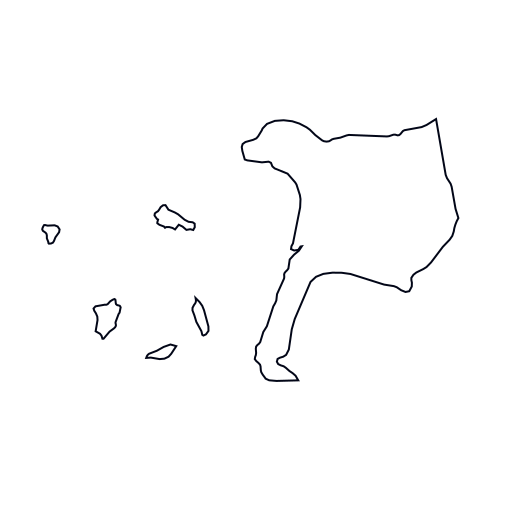 SVG path tracing the border of Cagayan, rotated 260°
{"feature_id": "PHL-2545", "entity_name": "Cagayan", "entity_type": "Province", "adm_level": 1, "iso_a3": "PHL", "parent_name": "Philippines", "parent_adm1": "", "projection": "orthographic", "projection_center": [121.637, 18.548], "detail": "fine", "context": "isolated", "style": "outline", "palette": "ink", "viewbox_px": 512, "rotation_deg": 260, "n_neighbors": 0, "source": "natural_earth", "source_scale": "10m", "svg_char_len": 3458}
<svg xmlns="http://www.w3.org/2000/svg" viewBox="0 0 512 512"><g transform="rotate(260 256 256)"><path d="M133.6,244.2L138.0,242.0L140.7,241.0L142.6,240.9L146.5,241.3L148.3,241.1L150.3,239.8L152.5,238.0L154.7,236.9L156.9,237.7L158.4,238.6L160.5,239.3L164.7,239.7L166.8,240.4L168.1,241.9L169.1,243.7L170.5,245.2L179.9,250.0L184.9,254.5L203.4,264.3L206.1,266.6L208.7,268.3L214.8,270.1L228.9,279.7L230.4,280.2L233.0,280.5L234.2,281.1L235.4,282.4L236.6,284.2L238.0,285.7L246.7,288.6L250.7,293.7L253.8,299.2L257.6,302.8L257.6,301.5L254.7,298.7L254.8,294.5L256.7,291.7L259.5,292.6L262.0,294.6L296.2,307.9L304.3,309.7L308.4,309.8L319.3,308.3L321.6,307.4L331.6,301.4L339.0,289.6L341.4,287.7L345.2,286.9L346.7,284.8L347.2,278.1L351.7,264.0L353.0,261.7L361.8,260.8L365.8,260.9L368.6,262.3L370.1,265.4L370.9,273.4L371.8,276.8L373.5,278.9L378.7,283.5L380.4,284.6L384.2,289.8L385.8,298.0L384.9,306.8L382.4,315.1L378.9,321.7L374.0,328.1L371.0,331.0L364.8,335.4L358.4,341.2L357.3,342.7L356.4,345.3L356.3,347.8L356.9,349.5L357.6,351.0L357.9,352.8L357.9,359.6L359.0,366.1L359.1,368.5L351.0,405.7L350.9,407.8L351.6,412.3L351.4,414.0L350.2,416.5L350.2,417.9L351.0,419.4L353.5,422.3L354.1,424.0L354.2,441.5L355.4,446.7L359.6,457.1L303.0,456.9L299.5,457.6L293.4,460.2L290.2,460.7L267.8,460.7L258.2,461.9L255.4,459.7L252.3,457.8L249.1,456.2L245.8,455.0L241.7,452.8L238.4,449.5L232.6,441.6L219.3,427.3L215.5,422.0L214.1,418.5L211.9,411.0L210.2,407.8L207.5,405.2L205.2,404.8L202.6,404.9L198.9,404.1L194.7,400.8L194.6,397.0L197.1,393.0L200.8,389.2L202.4,386.5L205.6,377.2L221.9,345.9L224.6,337.5L226.3,328.4L226.7,319.2L225.1,311.5L221.0,305.2L187.2,283.2L177.6,278.5L158.2,272.1L153.4,268.5L152.1,265.3L151.7,262.0L150.9,259.4L148.3,258.2L145.7,259.1L144.0,261.4L142.6,264.1L140.7,266.0L137.0,268.9L134.3,271.7L131.2,274.2L126.2,276.0L129.4,254.5L131.3,247.4L133.5,244.2L133.6,244.2ZM234.3,101.5L236.5,104.3L236.9,105.0L237.1,105.6L237.5,106.5L237.9,107.6L238.2,109.1L237.5,109.9L236.0,109.9L234.2,109.7L232.9,109.8L231.7,110.8L231.2,112.1L230.6,113.2L229.0,113.8L223.9,111.8L222.7,110.6L215.4,106.3L214.5,106.0L213.1,106.1L211.6,105.9L210.3,104.9L209.3,103.4L207.0,98.7L201.0,91.5L201.2,90.4L204.4,90.0L206.5,88.9L209.7,85.0L220.4,88.8L223.9,89.2L227.3,88.4L230.2,87.2L232.5,86.9L234.3,89.2L234.3,98.7L234.1,99.4L234.0,100.1L234.3,101.5ZM318.4,168.6L320.7,170.6L322.1,173.3L321.8,175.7L316.8,177.8L313.0,183.6L310.6,186.5L304.1,192.0L301.4,195.5L300.2,199.5L298.5,201.2L295.0,200.7L292.5,198.7L293.8,195.9L293.8,192.0L297.7,188.8L300.2,185.4L296.2,180.9L298.1,178.7L299.6,175.5L300.1,172.6L299.6,171.3L301.0,170.5L303.5,166.3L305.4,164.5L306.4,164.7L307.8,165.4L308.9,165.9L309.4,165.2L309.9,164.8L312.8,163.4L313.7,163.1L315.5,163.8L316.4,165.4L317.1,167.2L318.4,168.6ZM208.2,185.0L213.5,184.0L216.0,184.5L218.6,186.5L219.9,187.9L221.3,188.8L223.0,189.2L225.1,189.2L220.5,192.4L216.3,194.4L211.6,195.4L194.9,196.9L190.5,196.2L187.5,193.1L186.8,190.4L187.7,189.4L191.4,189.2L201.5,185.8L208.2,185.0ZM174.7,130.2L176.4,131.2L177.5,132.3L178.3,133.7L179.9,141.9L182.5,149.3L183.7,156.4L181.1,161.8L174.4,155.5L172.0,152.4L170.8,148.0L171.2,143.2L174.2,134.8L174.7,130.2ZM319.3,50.1L320.4,50.5L321.9,51.5L323.2,52.6L323.2,53.5L322.1,56.0L321.2,63.0L319.5,65.8L316.3,67.2L313.6,66.2L309.2,61.7L305.8,59.6L304.4,58.3L303.9,56.3L304.1,54.2L304.8,53.8L306.0,53.9L309.7,53.1L312.6,53.6L314.2,53.5L315.5,52.8L317.8,50.5L319.3,50.1Z" fill="none" stroke="#020617" stroke-width="2"/></g></svg>